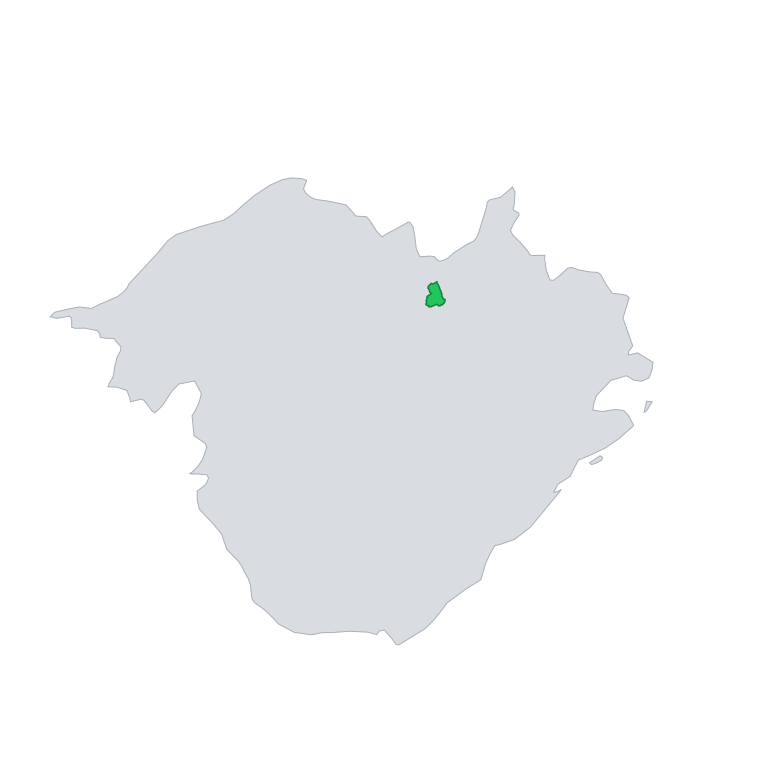 Ou Reang Ov, Kâmpóng Cham, Cambodia shown in context, rotated 240°
{"feature_id": "14789045B44533012408415", "entity_name": "Ou Reang Ov", "entity_type": "district", "adm_level": 2, "iso_a3": "KHM", "parent_name": "Cambodia", "parent_adm1": "Kâmpóng Cham", "projection": "equal_earth", "projection_center": [105.534, 11.827], "detail": "fine", "context": "in_parent", "style": "filled", "palette": "green", "viewbox_px": 768, "rotation_deg": 240, "n_neighbors": 0, "source": "geoboundaries", "source_scale": "gbopen_adm2", "svg_char_len": 6115}
<svg xmlns="http://www.w3.org/2000/svg" viewBox="0 0 768 768"><g transform="rotate(240 384 384)"><path d="M609.3,128.5L610.7,135.0L607.0,147.4L603.1,158.6L595.7,168.4L595.4,175.6L592.9,197.1L593.9,203.9L595.7,209.8L598.1,212.9L604.6,234.0L610.5,253.1L616.3,268.9L617.3,278.8L612.1,304.1L606.0,327.3L606.6,338.8L609.2,350.4L612.1,365.9L613.2,385.6L611.7,398.5L608.9,406.5L603.6,414.7L599.0,418.9L593.3,411.9L588.9,411.6L582.9,413.7L578.2,416.9L568.7,429.0L558.1,440.7L543.4,443.7L537.7,452.4L531.5,453.6L519.9,454.0L512.3,456.0L512.7,460.4L512.1,481.1L512.2,485.9L511.1,487.2L505.8,487.8L496.9,484.7L484.8,479.5L476.2,478.7L471.8,487.7L469.2,491.3L465.9,491.8L462.5,493.4L461.4,497.4L461.1,502.5L462.8,511.1L463.4,524.7L463.0,534.0L466.1,539.9L484.6,559.8L490.0,564.7L490.6,567.7L487.4,578.5L490.3,593.7L484.5,593.4L474.9,586.9L470.3,582.9L464.7,586.1L462.7,585.5L459.0,578.0L454.0,570.4L448.9,569.9L438.2,572.9L427.2,575.0L423.1,574.9L421.3,576.3L415.0,587.7L412.3,585.7L401.2,581.4L391.1,579.7L389.0,582.7L390.3,591.9L392.5,601.0L391.2,604.8L385.6,609.5L378.3,618.1L373.8,624.8L370.7,626.4L359.5,626.1L348.4,627.0L343.9,633.3L339.7,638.2L336.1,639.5L321.6,623.9L292.7,618.5L289.6,611.7L286.8,610.3L284.1,619.3L268.3,627.8L261.6,622.6L256.8,616.4L257.5,608.7L262.1,602.5L270.0,598.0L273.7,582.3L267.7,562.2L262.5,556.3L257.0,551.7L251.1,559.1L246.2,571.9L241.0,578.5L233.8,580.0L223.2,579.5L219.2,560.4L217.9,544.0L219.4,525.3L221.0,514.2L210.9,498.9L210.3,484.4L205.4,476.9L204.0,480.7L204.1,484.9L202.7,481.8L186.8,439.2L184.2,419.5L187.0,404.2L188.6,399.1L184.0,391.1L177.6,382.0L166.1,370.1L165.4,351.3L162.9,329.1L159.5,321.6L154.3,307.9L151.5,296.6L150.7,266.7L152.1,264.3L160.3,263.4L170.7,261.3L172.4,256.4L170.6,252.5L177.3,245.7L186.9,230.9L194.4,215.4L199.8,205.6L203.0,195.9L213.8,182.1L228.7,172.7L238.7,170.4L249.2,167.2L259.3,162.6L264.0,162.2L276.5,167.7L283.2,169.2L290.3,169.1L297.6,169.7L304.0,169.1L319.3,165.2L335.5,168.3L350.0,165.8L367.9,161.4L376.7,164.2L384.7,168.7L385.8,177.8L387.7,181.9L390.3,185.1L393.9,185.1L398.5,178.8L402.3,172.2L403.5,171.0L403.7,174.3L405.6,181.3L409.0,188.3L412.5,192.9L418.2,199.1L422.0,199.4L434.2,193.6L452.6,202.0L454.7,206.3L460.7,214.9L467.1,221.1L481.4,221.5L486.5,206.3L484.0,197.0L475.9,180.9L473.6,171.4L476.2,169.7L490.1,167.9L492.3,166.1L495.3,155.6L499.1,156.8L506.8,158.2L514.9,151.0L519.6,143.5L522.3,147.0L525.1,152.2L528.3,155.3L534.1,159.8L540.5,166.1L544.5,172.4L547.8,174.8L556.0,173.0L558.2,173.3L562.9,165.7L566.3,161.6L569.1,162.8L573.2,162.7L581.8,153.1L586.7,144.3L589.3,141.9L597.0,146.3L600.1,145.4L604.5,133.3L609.3,128.5ZM213.8,535.1L212.2,536.3L210.7,536.3L209.2,534.5L209.4,527.6L210.5,523.4L213.1,522.6L213.8,535.1ZM237.8,602.8L234.5,607.4L229.4,597.9L229.4,595.2L237.8,602.8Z" fill="#d9dde1" stroke="#a8b0b8" stroke-width="1"/><path d="M424.2,470.5L424.3,470.8L424.2,471.1L423.9,471.3L423.7,471.5L423.6,471.8L423.7,472.1L423.8,472.2L423.8,472.5L423.9,473.0L423.9,473.4L423.9,473.5L423.7,473.7L423.5,474.0L423.4,474.2L423.3,474.4L423.3,474.5L423.5,474.6L423.8,474.8L423.8,475.0L423.9,475.5L423.9,475.8L424.0,476.2L424.1,476.3L424.2,476.6L424.2,476.8L424.3,476.9L424.4,477.0L424.5,477.3L424.7,477.5L424.8,477.6L424.9,477.8L425.0,477.9L425.3,478.1L425.5,478.3L425.8,478.5L426.0,478.7L426.2,479.0L426.4,479.1L426.5,479.1L426.8,479.1L427.0,478.9L427.3,478.6L427.6,478.3L427.7,478.2L427.9,478.0L428.0,477.9L428.4,477.9L428.5,477.9L428.7,478.0L428.9,478.0L429.1,478.0L429.3,478.0L429.5,478.0L429.8,478.1L430.0,478.1L430.3,478.1L430.6,478.1L430.9,478.1L431.1,478.1L431.3,478.1L431.5,478.2L431.6,478.3L431.8,478.4L431.9,478.5L432.1,478.6L432.4,478.8L432.6,478.9L432.8,479.0L433.1,479.1L433.4,479.0L433.6,479.0L433.8,479.0L434.0,479.0L434.2,479.3L434.4,479.4L434.6,479.5L434.9,479.5L435.0,479.5L435.3,479.5L435.5,479.6L435.8,479.6L436.1,479.7L436.5,479.7L436.8,479.8L437.1,479.8L437.3,479.8L437.6,479.8L438.0,479.7L438.2,479.8L438.4,479.8L438.6,479.9L438.9,480.0L439.2,480.1L439.4,480.2L439.7,480.3L439.9,480.3L440.2,480.3L440.4,480.3L440.7,480.3L441.0,480.3L441.3,480.4L441.5,480.5L441.8,480.6L442.0,480.6L442.3,480.5L442.5,480.5L442.8,480.5L443.1,480.5L443.3,480.5L443.5,480.5L443.8,480.5L444.1,480.5L444.3,480.5L444.6,480.5L445.0,480.5L445.3,480.6L445.5,480.7L445.6,480.8L445.9,481.0L446.1,481.0L446.1,480.9L446.0,480.6L446.0,480.4L446.1,480.1L446.1,479.9L446.1,479.7L446.0,479.4L445.9,479.3L446.0,478.9L446.0,478.5L446.1,478.0L446.0,477.5L446.0,477.0L446.0,476.7L446.2,476.2L446.4,476.0L446.5,475.9L446.8,475.8L447.1,475.6L447.4,475.5L447.5,475.3L447.5,475.1L447.5,474.8L447.3,474.3L447.2,474.0L447.0,473.2L446.8,472.4L446.7,471.8L446.6,471.6L446.4,471.2L446.2,471.0L446.1,470.9L445.9,470.7L445.7,470.5L445.5,470.4L445.3,470.2L445.1,470.1L444.7,470.0L444.3,470.1L444.0,470.1L443.7,470.1L443.4,470.2L443.1,470.3L442.8,470.3L442.6,470.2L442.4,470.1L442.1,470.0L441.9,469.9L441.7,469.8L441.2,469.7L440.7,469.6L440.3,469.6L440.1,469.7L439.9,469.8L439.6,469.9L439.5,470.0L439.2,470.1L438.9,470.2L438.7,470.3L438.5,470.2L438.5,469.9L438.5,469.6L438.5,469.2L438.4,468.9L438.4,468.7L438.4,468.2L438.4,467.9L438.5,467.6L438.5,467.1L438.4,466.8L438.4,466.4L438.4,466.1L438.4,465.7L438.3,465.4L438.1,465.3L437.9,465.3L437.7,465.2L437.7,464.4L437.3,464.4L436.8,464.4L435.9,463.1L435.6,462.8L435.6,462.7L435.2,462.4L434.8,462.1L434.5,462.0L434.2,461.9L433.9,461.9L433.6,461.7L433.3,461.6L433.2,461.6L432.6,460.7L432.4,460.3L432.2,460.1L431.8,460.1L431.7,460.1L431.3,460.2L431.1,460.4L430.9,460.5L430.7,460.6L430.4,460.8L430.2,460.9L430.1,461.0L429.9,461.1L429.8,461.3L429.7,461.4L429.6,461.6L429.4,461.9L429.3,462.0L429.2,462.0L428.9,462.0L428.7,461.9L428.4,461.6L428.3,461.9L428.1,462.1L428.0,462.3L427.9,462.5L427.7,462.6L427.6,462.8L427.4,463.1L427.3,463.4L427.3,463.6L427.3,463.9L427.3,464.2L427.3,464.6L427.2,465.1L427.1,465.5L427.0,466.0L427.0,466.3L427.0,466.5L426.9,467.3L426.9,467.6L426.8,468.0L426.8,468.6L426.7,469.1L426.7,469.3L426.7,469.5L426.5,469.8L426.2,469.9L425.8,469.9L425.6,470.0L425.4,470.1L425.0,470.2L424.8,470.3L424.6,470.3L424.3,470.4L424.2,470.5L424.2,470.5Z" fill="#22c55e" stroke="#15803d" stroke-width="1.5"/></g></svg>